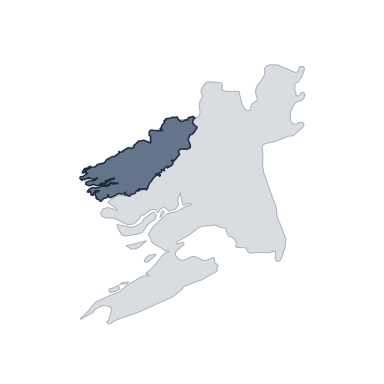 Khulna on a map of Bangladesh (Robinson projection), rotated 72°
{"feature_id": "BGD-2432", "entity_name": "Khulna", "entity_type": "Division", "adm_level": 1, "iso_a3": "BGD", "parent_name": "Bangladesh", "parent_adm1": "", "projection": "robinson", "projection_center": [89.364, 22.917], "detail": "fine", "context": "in_parent", "style": "filled", "palette": "slate", "viewbox_px": 384, "rotation_deg": 72, "n_neighbors": 0, "source": "natural_earth", "source_scale": "10m", "svg_char_len": 9722}
<svg xmlns="http://www.w3.org/2000/svg" viewBox="0 0 384 384"><g transform="rotate(72 192 192)"><path d="M136.4,271.7L136.3,262.6L130.7,244.7L131.0,242.7L129.8,234.1L128.4,229.3L127.7,224.2L131.1,216.8L129.7,215.6L122.2,213.4L121.4,211.5L123.0,204.3L117.6,197.4L115.5,192.3L121.2,175.9L122.7,164.4L122.2,162.2L118.7,159.6L112.5,158.6L108.1,156.4L105.6,153.2L103.4,151.9L100.7,152.8L97.3,151.6L94.4,148.4L92.0,144.4L93.0,140.2L97.5,130.0L99.2,129.7L103.1,131.7L104.6,131.7L107.2,127.7L110.8,116.3L123.3,117.3L126.3,116.9L129.5,116.0L131.2,114.6L132.1,112.7L131.8,111.2L128.0,109.0L126.5,107.4L125.4,102.8L124.3,101.1L116.7,100.9L112.8,98.8L110.6,96.9L106.8,90.7L102.1,86.1L97.5,85.0L95.8,83.5L94.8,81.1L95.4,77.7L97.7,71.2L110.2,57.0L110.5,55.4L110.1,53.6L106.4,51.3L106.2,50.2L107.2,47.2L109.3,46.8L113.6,49.5L117.9,53.9L120.5,57.8L120.6,60.9L124.0,61.5L126.9,62.9L129.8,62.4L131.7,63.2L133.0,62.9L133.5,61.2L131.0,56.7L132.2,54.8L135.1,54.9L137.2,56.6L138.7,60.0L138.9,65.4L142.3,70.2L146.7,73.6L150.2,75.2L154.4,76.4L157.9,75.3L159.7,71.9L158.9,68.9L159.5,66.2L160.9,64.7L163.1,64.8L164.8,66.9L169.7,78.5L168.7,83.6L169.8,97.6L168.6,106.9L169.3,110.4L170.2,111.1L177.5,112.8L188.2,116.5L196.3,117.8L233.2,116.8L241.2,118.6L265.8,117.2L272.5,120.2L279.8,125.0L284.0,128.6L284.7,130.6L284.3,132.4L282.9,133.3L280.4,133.3L274.6,131.0L273.6,131.7L273.6,137.3L268.9,151.2L268.3,155.5L266.6,157.2L261.8,158.1L258.6,166.2L257.3,167.2L254.1,165.4L252.1,165.7L249.6,166.4L247.1,168.3L245.4,170.6L243.4,171.4L236.6,171.3L235.2,175.0L230.7,180.0L227.7,193.0L227.9,197.0L231.8,207.4L234.5,221.0L235.5,222.3L236.8,222.5L236.8,216.3L238.1,215.5L239.7,216.2L243.0,224.5L244.8,226.6L247.7,227.2L250.9,226.0L253.4,223.5L254.3,220.9L253.4,211.8L255.0,208.1L260.6,202.5L261.4,200.9L261.0,191.7L263.1,191.4L265.9,192.2L269.5,190.0L270.6,189.9L272.1,192.3L274.7,191.9L278.6,209.9L278.9,222.7L279.8,229.8L281.2,231.4L285.5,242.0L289.7,279.4L290.3,303.2L292.0,311.3L290.6,313.1L289.2,313.4L288.0,310.6L278.9,304.6L276.6,305.2L273.6,308.7L272.3,311.9L272.9,316.5L273.9,321.0L276.1,323.6L276.3,326.4L278.7,337.1L278.0,337.2L273.1,327.4L267.0,317.9L264.9,300.7L264.8,292.3L260.6,282.3L256.7,264.9L258.4,258.8L255.5,261.5L250.9,251.1L243.8,240.9L241.7,236.4L241.6,232.0L238.6,236.4L234.5,239.5L230.2,244.2L227.4,245.6L218.5,246.4L213.3,240.2L205.9,224.9L204.9,221.5L205.9,212.5L204.1,204.0L203.6,196.5L202.3,197.2L201.8,199.2L202.1,202.4L201.5,205.0L189.1,203.3L194.4,207.8L200.1,208.8L203.1,212.8L203.3,219.5L197.7,223.5L198.2,226.9L201.4,231.0L197.5,232.1L196.4,234.8L196.4,238.7L199.1,244.5L198.6,246.9L203.4,254.5L204.3,258.2L203.1,263.4L193.0,274.0L190.1,281.5L187.6,285.0L184.4,285.6L180.6,282.1L180.6,278.4L181.4,275.5L186.6,268.6L183.8,269.5L175.6,275.3L174.0,270.6L172.9,266.2L172.9,260.9L176.9,253.0L172.4,257.0L171.2,261.9L171.7,267.7L171.1,271.9L169.4,277.3L167.0,280.5L163.1,282.6L161.4,285.8L158.8,288.1L157.9,277.2L155.1,262.6L154.5,265.7L155.9,274.8L155.9,280.7L153.8,285.4L149.5,290.4L146.2,291.1L144.3,290.4L138.2,282.8L137.7,275.7L136.4,271.7ZM211.3,271.9L203.7,273.7L199.9,273.2L207.0,260.0L206.8,254.1L205.7,249.3L202.0,245.4L201.8,242.6L200.2,238.9L199.3,234.5L203.4,233.1L206.6,235.6L207.8,240.6L209.5,244.3L215.2,252.1L215.1,256.8L213.6,268.4L211.3,271.9ZM227.5,267.6L222.9,271.1L224.3,250.3L227.8,258.1L228.7,262.2L227.5,267.6ZM245.1,257.2L243.1,258.7L241.2,257.4L238.7,252.5L239.9,246.3L240.6,245.5L243.6,251.8L245.1,257.2ZM262.3,301.1L259.6,301.4L258.4,299.9L259.0,297.8L258.2,291.0L261.6,290.4L262.8,296.0L262.3,301.1ZM259.3,282.3L257.4,289.0L256.6,286.0L257.9,280.1L259.3,282.3ZM205.3,228.1L206.1,230.2L201.9,227.4L200.7,225.5L202.6,224.4L205.3,228.1Z" fill="#d9dde1" stroke="#a8b0b8" stroke-width="1"/><path d="M136.8,269.9L137.5,268.8L137.4,267.6L137.2,266.6L136.8,265.8L134.9,263.1L134.5,262.1L135.2,261.6L134.4,260.3L134.2,259.7L133.7,257.0L133.7,256.5L133.8,256.0L134.2,255.3L134.3,254.9L134.1,253.8L133.3,251.8L132.9,249.9L132.4,249.5L131.0,248.9L132.0,248.2L132.3,247.0L132.1,245.7L131.7,244.4L131.1,243.3L130.8,241.6L130.3,240.1L130.2,239.2L130.5,238.5L131.4,237.1L131.8,235.5L131.9,234.5L131.8,233.8L131.3,233.3L130.0,232.9L129.5,232.2L128.6,229.9L128.2,229.1L127.3,228.0L127.2,227.4L127.2,226.4L127.6,225.0L127.7,222.4L128.3,221.2L130.7,218.5L131.8,217.4L132.2,217.0L132.4,216.4L132.4,216.0L132.2,215.8L131.0,215.8L130.6,215.7L127.2,214.4L126.5,214.2L125.9,214.3L125.3,214.9L124.9,215.1L124.5,215.1L121.6,214.1L121.0,213.5L120.6,212.6L120.6,211.5L121.0,210.5L122.0,208.7L124.1,202.7L124.2,201.7L123.7,201.1L123.1,201.6L122.6,202.5L122.0,202.7L121.4,201.3L120.9,201.1L119.7,200.2L118.9,199.3L117.9,197.4L117.3,196.6L116.9,196.6L116.1,196.7L115.6,196.5L115.2,196.0L115.2,195.6L115.3,195.3L115.4,194.6L115.2,194.4L114.7,194.3L114.3,194.1L114.3,193.6L115.2,189.0L115.1,188.5L114.8,187.8L114.8,187.3L115.0,186.7L115.7,185.7L115.9,185.1L115.9,184.6L115.8,183.7L115.9,183.3L116.6,182.7L117.5,182.6L118.4,182.7L119.2,182.5L119.8,182.0L121.4,180.3L121.8,179.7L122.0,178.8L121.8,177.8L121.6,176.8L121.3,176.2L121.8,175.2L122.3,174.5L122.3,174.1L121.3,173.8L121.1,173.2L120.3,172.4L120.1,171.8L120.4,170.3L120.5,169.7L120.3,168.7L120.3,168.2L120.5,167.6L121.0,167.2L122.6,166.4L122.6,166.8L122.8,167.2L123.5,168.3L123.7,168.6L124.8,169.2L125.8,169.8L126.6,170.0L127.4,169.8L130.2,168.4L130.8,168.0L131.2,167.4L131.7,167.3L132.5,167.6L133.2,168.1L134.2,169.6L135.8,171.2L136.2,172.4L137.0,173.6L137.2,174.1L137.2,174.6L137.0,175.7L137.1,176.2L137.6,176.7L139.2,178.2L140.2,178.8L141.1,179.3L142.3,179.5L145.9,179.1L147.0,179.2L148.1,179.5L149.1,180.0L149.7,181.9L149.8,182.4L149.8,183.4L147.5,189.6L147.7,190.0L149.4,192.5L150.7,192.4L151.4,192.1L152.0,192.1L152.4,192.3L155.0,196.4L155.5,197.1L155.8,197.6L156.3,198.7L156.7,199.0L156.9,199.2L156.5,199.7L155.7,200.4L155.7,201.1L156.0,201.7L156.6,200.7L157.9,200.8L159.2,201.6L160.1,202.4L160.5,203.4L161.3,207.6L160.7,207.3L160.4,206.9L160.1,206.9L160.1,208.5L160.7,210.4L161.8,211.7L163.1,211.7L162.6,212.5L161.7,213.4L161.4,214.1L163.7,214.8L163.8,215.7L163.6,216.7L164.3,217.6L164.8,217.7L165.6,217.0L166.1,216.9L166.7,217.2L166.9,217.6L166.8,218.1L166.2,218.3L166.0,218.5L165.3,219.5L165.0,220.2L164.5,220.0L163.7,219.3L163.6,219.8L163.8,220.7L164.0,221.0L164.4,221.3L165.1,221.5L165.5,221.7L165.9,222.4L167.0,224.8L167.7,225.7L169.1,227.0L169.6,227.9L170.1,229.3L170.3,229.6L171.4,230.3L172.6,231.7L174.4,232.7L175.0,233.4L175.9,234.9L175.2,235.4L174.7,235.4L174.6,235.5L174.2,236.3L174.6,236.7L174.6,236.9L174.5,237.1L173.8,237.5L173.7,237.8L173.7,238.4L173.8,238.6L174.2,238.9L174.4,239.1L174.4,239.3L174.2,239.5L172.9,240.5L172.5,241.0L172.8,241.4L173.9,241.5L174.2,241.6L174.5,242.0L174.5,242.4L174.4,242.7L174.3,242.8L174.1,242.8L173.7,242.7L173.2,242.9L173.2,243.1L174.0,244.0L174.5,245.5L175.2,246.0L175.5,246.3L175.6,246.6L175.8,247.4L175.8,248.5L175.2,250.0L175.2,250.5L175.4,250.9L176.1,251.3L176.3,251.7L176.6,252.8L175.2,254.3L174.6,255.2L174.4,255.9L174.1,256.7L173.3,256.5L172.0,255.4L172.1,256.5L172.5,258.2L172.3,259.2L170.5,263.0L171.1,264.0L171.5,265.8L172.0,269.2L172.1,271.0L172.0,271.8L171.6,272.5L170.9,272.9L170.2,272.8L169.6,272.6L168.7,272.6L168.7,273.0L169.7,273.4L170.4,273.9L170.9,274.7L171.1,275.9L170.9,277.3L170.9,277.8L171.0,278.3L171.6,279.3L172.0,280.2L172.4,280.8L172.7,281.4L172.4,282.2L171.1,282.6L170.0,283.6L169.5,284.4L168.3,285.0L167.8,285.1L167.6,284.8L167.4,284.1L166.8,284.3L166.2,284.7L165.6,285.0L164.9,285.0L164.1,284.8L163.4,284.5L162.8,284.0L162.5,283.1L162.5,282.5L162.9,281.6L162.8,281.2L162.2,280.2L161.0,283.0L161.5,283.9L162.3,285.1L163.3,286.3L164.2,286.7L164.6,287.2L164.1,288.2L163.1,288.9L162.1,288.6L161.6,288.3L161.1,288.3L160.0,288.5L159.9,288.8L160.4,290.5L159.6,291.4L158.7,290.8L157.5,288.8L157.5,287.9L157.0,285.8L157.2,284.7L157.5,284.0L158.3,283.0L158.6,282.2L158.8,281.4L158.6,277.8L158.9,274.9L159.2,273.8L160.2,271.8L160.4,270.7L160.3,269.7L159.9,268.6L159.4,267.7L158.8,266.9L158.8,266.2L160.1,264.4L160.4,263.5L160.5,262.4L160.6,261.4L160.9,260.4L161.3,259.5L160.8,259.9L160.4,260.6L159.8,261.9L159.3,262.5L159.2,262.9L159.6,264.1L159.3,264.5L158.5,265.2L158.0,266.1L158.0,266.8L158.9,268.5L159.2,269.1L159.3,269.6L159.3,270.7L159.2,271.3L158.7,272.3L158.3,276.0L158.1,276.7L157.3,277.2L156.9,276.4L156.9,274.2L157.0,273.7L157.4,272.6L157.4,272.0L155.5,267.0L155.4,265.9L155.6,263.7L155.5,262.7L155.1,261.6L154.8,261.6L154.4,264.9L154.8,271.3L155.1,271.3L155.1,270.6L155.4,269.9L155.6,269.5L155.9,270.7L156.1,271.4L156.6,272.4L156.6,273.1L156.2,274.4L156.0,274.6L155.5,274.7L155.4,274.9L155.4,275.2L155.7,275.7L155.9,276.3L156.4,277.5L156.7,278.0L156.8,278.3L156.4,281.0L155.9,281.6L154.8,282.6L154.3,283.5L154.3,284.2L154.5,286.2L154.4,287.4L153.9,288.4L153.4,289.1L151.8,290.6L151.3,290.7L150.2,289.3L149.9,288.6L149.9,287.3L150.0,285.0L150.3,284.1L150.8,282.6L150.9,281.4L150.7,280.4L149.9,278.7L149.7,277.8L149.4,277.8L149.2,278.6L149.3,279.2L149.6,279.9L149.7,280.6L149.7,281.4L149.6,281.8L148.4,283.2L148.1,283.7L147.2,286.0L146.8,285.4L146.5,285.4L146.5,286.6L146.9,288.6L146.8,289.8L146.0,291.6L146.1,292.1L147.0,292.6L146.5,293.2L145.8,293.8L144.9,294.2L144.1,294.3L143.3,293.8L143.0,292.9L143.2,292.0L143.6,291.6L143.7,291.0L142.4,286.9L142.3,285.9L142.1,285.7L141.7,286.0L141.3,286.5L141.1,286.9L140.8,287.1L140.3,287.0L139.3,286.4L138.9,286.0L138.7,285.7L137.6,281.6L137.5,280.7L137.6,279.7L138.1,277.6L138.1,276.4L137.8,275.4L136.8,273.9L136.6,273.2L136.9,270.8L136.8,269.9ZM138.2,286.8L140.2,288.1L140.4,289.5L139.9,290.4L138.6,289.6L136.4,286.8L136.4,286.6L136.6,286.3L136.9,285.4L136.9,284.4L136.5,282.7L136.3,281.9L136.1,281.1L136.1,280.6L136.6,280.6L136.8,280.7L137.1,281.2L137.2,281.9L137.7,285.3L138.2,286.8Z" fill="#64748b" stroke="#1e293b" stroke-width="1.5"/></g></svg>